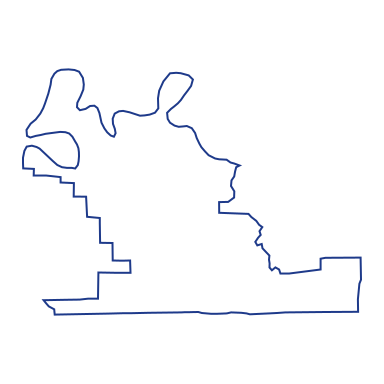 outline of Bento Gonçalves, Rio Grande do Sul, Brazil
{"feature_id": "56859067B71530862715351", "entity_name": "Bento Gonçalves", "entity_type": "district", "adm_level": 2, "iso_a3": "BRA", "parent_name": "Brazil", "parent_adm1": "Rio Grande do Sul", "projection": "mercator", "projection_center": [-51.571, -29.106], "detail": "fine", "context": "isolated", "style": "outline", "palette": "blue", "viewbox_px": 384, "rotation_deg": 0, "n_neighbors": 0, "source": "geoboundaries", "source_scale": "gbopen_adm2", "svg_char_len": 2504}
<svg xmlns="http://www.w3.org/2000/svg" viewBox="0 0 384 384"><path d="M82.9,77.9L79.1,71.7L74.6,70.0L68.5,69.4L61.1,69.8L57.3,71.1L54.4,73.7L51.4,78.9L50.6,84.7L48.3,93.7L45.0,103.5L43.2,108.2L40.3,113.6L35.7,119.5L30.6,123.7L26.5,129.9L27.0,135.9L30.3,137.5L35.8,135.9L40.7,135.0L45.6,133.8L60.2,131.9L65.4,132.2L69.2,133.5L72.4,136.7L75.1,141.4L77.0,144.5L78.4,148.2L78.9,152.1L79.0,156.3L78.6,161.2L77.8,165.1L75.2,168.5L71.9,167.9L67.2,167.9L62.0,167.2L57.3,165.0L52.8,161.0L39.6,148.6L36.6,147.0L31.9,145.7L26.7,146.6L24.4,150.9L23.0,157.7L23.0,163.1L23.2,168.4L33.9,168.9L33.7,175.5L38.0,175.5L41.7,175.5L45.9,175.5L60.6,177.1L60.6,182.5L73.9,183.1L73.7,196.6L78.2,196.6L86.1,196.7L87.1,216.8L99.8,218.0L99.8,223.0L100.1,242.8L112.5,243.0L112.7,260.5L122.2,260.7L130.1,260.5L130.5,272.8L122.4,272.8L115.9,272.8L98.4,272.5L98.0,298.7L87.8,298.7L79.7,299.6L65.4,299.8L43.6,300.2L46.1,303.3L48.8,306.4L54.2,309.3L54.7,314.6L108.0,313.6L123.3,313.2L131.0,313.2L148.5,312.8L181.2,312.4L184.7,312.2L188.9,312.2L192.4,312.1L198.3,312.0L201.8,313.0L211.1,313.8L216.9,313.8L222.0,313.6L226.8,313.4L231.1,312.4L241.3,312.8L246.5,313.4L249.9,314.3L269.2,313.4L273.0,313.2L277.0,313.0L285.4,312.4L325.5,312.0L358.1,311.8L357.9,299.3L359.4,283.7L361.0,279.7L360.6,257.6L325.5,257.8L320.6,258.7L320.6,265.7L320.6,269.5L289.4,273.5L280.4,273.5L279.1,269.5L275.4,267.4L271.9,270.3L269.5,267.5L269.6,263.4L269.0,259.7L269.4,255.6L265.7,251.7L262.5,248.3L261.7,244.0L257.3,245.4L255.3,241.9L258.2,237.6L260.7,234.9L259.5,231.2L262.3,227.1L259.1,224.8L256.3,220.9L251.3,217.0L248.5,213.9L219.2,212.8L219.1,202.1L228.2,201.9L234.1,197.5L234.3,191.3L231.0,186.0L231.5,180.4L234.2,176.5L235.1,171.4L236.2,167.2L239.6,165.5L234.2,163.5L230.5,162.5L226.6,159.7L219.2,159.3L215.1,158.5L208.6,155.2L205.0,151.4L201.4,147.2L199.4,143.7L196.7,138.0L195.1,133.0L191.8,128.2L186.8,126.0L183.4,126.4L178.7,126.8L174.5,125.6L170.0,122.7L167.7,118.9L167.1,112.8L171.0,108.9L174.1,106.5L177.9,103.3L180.9,100.0L184.1,95.3L187.5,90.9L191.1,85.9L192.9,79.5L188.7,75.4L180.7,73.2L176.2,72.8L170.0,73.3L163.4,81.4L159.2,90.7L158.0,98.3L158.3,108.4L155.0,112.7L149.7,114.6L144.6,115.4L140.0,115.7L129.6,112.3L123.1,110.9L119.0,111.3L114.7,113.6L112.7,118.7L113.0,123.9L114.8,128.8L115.6,133.2L113.9,136.7L110.7,135.5L107.2,132.3L104.4,128.4L101.5,122.7L99.4,113.0L97.4,108.0L94.4,105.7L90.1,106.0L85.6,108.9L79.9,110.2L77.0,107.2L77.3,102.8L80.6,96.2L83.3,89.6L83.8,84.5L82.9,77.9Z" fill="none" stroke="#1e3a8a" stroke-width="2"/></svg>